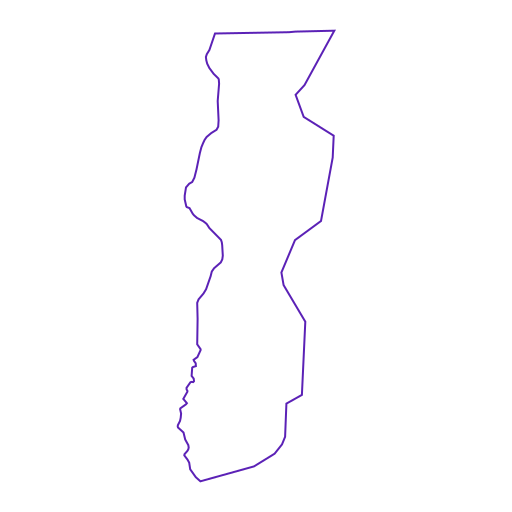 Grand Isle, Vermont, United States of America
{"feature_id": "52423323B86601759690165", "entity_name": "Grand Isle", "entity_type": "district", "adm_level": 2, "iso_a3": "USA", "parent_name": "United States of America", "parent_adm1": "Vermont", "projection": "natural_earth1", "projection_center": [-73.344, 44.789], "detail": "fine", "context": "isolated", "style": "outline", "palette": "violet", "viewbox_px": 512, "rotation_deg": 0, "n_neighbors": 0, "source": "geoboundaries", "source_scale": "gbopen_adm2", "svg_char_len": 1515}
<svg xmlns="http://www.w3.org/2000/svg" viewBox="0 0 512 512"><path d="M200.4,481.3L254.0,466.4L274.6,453.7L282.0,444.4L285.1,436.8L286.4,403.6L301.9,394.9L305.3,321.7L283.6,285.1L281.4,272.5L295.0,240.1L321.0,221.0L332.7,157.6L333.7,135.7L303.7,116.9L295.6,94.8L304.5,85.1L334.3,30.7L295.5,31.6L289.0,32.2L215.0,33.5L209.4,50.0L206.8,54.2L205.9,57.0L206.3,60.3L207.2,63.7L209.4,68.1L213.7,73.9L218.4,78.5L218.8,79.6L219.1,83.8L217.7,101.0L218.6,120.3L218.2,126.7L216.5,129.8L215.2,130.6L211.2,133.1L206.6,137.0L204.6,139.9L203.1,143.1L201.4,147.2L199.9,152.9L196.5,169.4L194.4,177.7L192.2,182.0L189.2,183.7L186.0,187.4L184.7,195.6L184.7,199.4L186.3,206.4L186.8,207.1L189.5,208.1L192.7,213.7L194.0,215.3L197.1,218.0L203.1,221.1L205.6,223.0L206.8,224.1L209.4,228.1L221.0,239.9L221.8,242.3L222.2,245.3L222.8,255.7L222.3,259.3L220.8,262.4L214.1,268.2L211.8,271.5L210.6,276.3L206.1,289.2L203.5,293.5L198.6,299.3L197.2,302.8L197.6,318.9L197.2,344.3L200.6,349.2L200.6,350.1L197.4,357.1L193.6,359.8L194.0,360.9L195.7,363.3L195.9,366.1L192.8,367.1L192.2,367.7L191.6,375.9L193.7,378.6L194.0,381.2L193.2,382.1L191.3,381.9L190.4,382.3L186.5,387.9L186.6,389.5L187.4,390.8L187.4,391.7L183.3,398.9L186.9,403.2L186.0,404.3L180.4,408.3L180.1,409.1L181.1,413.6L180.7,417.8L180.0,421.0L177.9,425.1L177.7,426.4L178.0,427.5L183.5,432.5L185.2,439.5L188.3,445.1L188.7,447.5L188.3,449.3L187.4,450.9L184.5,454.2L184.3,455.4L187.5,459.6L189.2,462.7L190.2,469.3L195.8,477.2L200.4,481.3Z" fill="none" stroke="#5b21b6" stroke-width="2"/></svg>